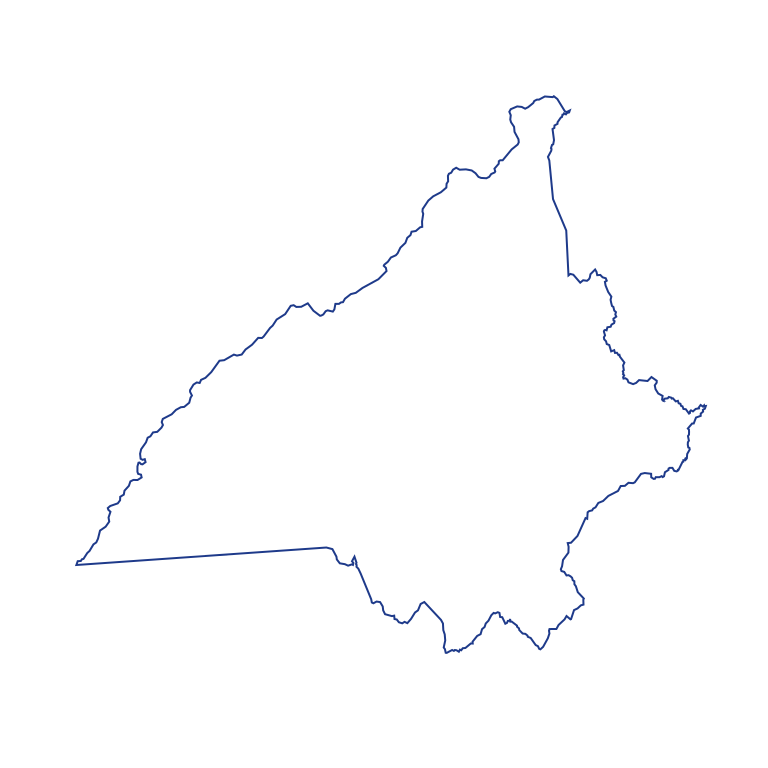 Malema, Nampula, Mozambique (Natural Earth projection), rotated 356°
{"feature_id": "85939544B80247740523844", "entity_name": "Malema", "entity_type": "district", "adm_level": 2, "iso_a3": "MOZ", "parent_name": "Mozambique", "parent_adm1": "Nampula", "projection": "natural_earth1", "projection_center": [37.595, -14.735], "detail": "fine", "context": "isolated", "style": "outline", "palette": "blue", "viewbox_px": 768, "rotation_deg": 356, "n_neighbors": 0, "source": "geoboundaries", "source_scale": "gbopen_adm2", "svg_char_len": 6152}
<svg xmlns="http://www.w3.org/2000/svg" viewBox="0 0 768 768"><g transform="rotate(356 384 384)"><path d="M524.4,657.3L529.7,649.1L531.6,644.5L531.4,641.6L532.0,640.0L538.9,640.4L541.3,636.6L547.7,631.4L549.9,628.2L553.6,631.8L554.2,631.6L557.8,622.8L561.4,621.4L565.0,618.5L567.6,618.0L567.8,613.0L568.4,612.0L562.8,605.2L561.3,599.1L560.0,597.1L560.1,594.0L558.6,592.9L558.1,590.4L556.7,588.9L554.8,587.6L552.7,587.7L550.7,584.0L548.0,583.0L547.5,581.1L548.9,578.3L550.3,572.0L556.2,565.1L556.8,559.3L556.2,555.5L559.5,555.4L566.4,549.1L575.7,531.8L577.3,532.6L578.2,526.2L579.8,525.1L582.8,524.6L584.0,522.9L586.4,521.8L589.5,517.6L594.4,516.0L600.0,511.3L610.0,507.0L613.0,502.3L617.2,502.4L621.0,499.6L625.5,500.3L627.3,499.6L634.1,491.6L637.9,491.0L644.2,492.2L644.1,495.7L646.4,497.5L647.7,497.4L648.6,495.9L652.2,496.2L654.6,495.3L655.5,496.3L656.9,495.6L658.1,491.6L661.8,489.6L662.0,488.2L663.1,487.6L665.9,487.8L667.5,490.9L669.9,491.6L671.5,490.7L671.3,490.0L672.2,489.6L676.3,482.6L677.1,482.4L677.3,480.9L679.0,481.1L679.4,479.3L680.2,478.9L680.4,479.9L680.9,479.4L681.6,474.9L684.4,470.7L684.2,469.0L683.1,468.5L682.8,465.7L683.1,463.3L684.2,461.8L683.6,457.1L684.7,455.8L685.0,452.9L685.0,450.8L684.0,449.6L688.6,444.9L690.2,445.0L692.9,439.2L697.7,437.9L697.9,435.6L700.4,433.8L700.3,432.0L702.4,431.0L703.5,428.4L702.2,428.5L701.9,427.6L700.7,428.9L698.4,427.0L696.3,429.5L696.5,430.3L693.2,430.6L690.3,432.9L688.4,431.7L687.3,432.7L687.2,434.2L686.2,434.8L683.3,430.2L681.0,429.8L680.2,427.1L678.8,426.5L678.3,424.4L676.6,423.8L676.0,421.3L673.8,421.7L671.2,418.4L670.0,418.6L669.7,417.7L667.2,416.8L666.0,418.1L663.1,418.2L661.9,419.2L661.8,420.4L660.5,419.7L661.2,419.8L660.3,419.0L661.1,415.3L656.9,412.6L654.5,408.1L654.0,404.2L656.1,401.7L656.3,399.8L651.3,395.7L647.1,399.4L638.7,397.9L635.6,400.5L632.5,401.5L628.0,399.4L627.1,396.6L625.2,395.1L623.3,395.3L623.0,393.9L624.2,392.1L623.1,390.8L623.6,389.8L623.1,388.0L624.2,386.9L623.8,382.1L625.3,379.4L621.3,373.3L620.9,371.3L619.9,371.5L618.6,369.1L616.6,369.1L616.0,366.3L612.9,367.3L611.4,360.8L609.0,359.7L608.5,356.9L606.8,354.8L606.6,352.7L607.9,350.9L607.0,347.1L607.4,346.0L608.3,345.5L609.8,346.0L610.8,343.0L614.1,342.7L615.1,340.6L617.8,339.3L618.4,337.4L617.4,336.6L617.4,334.9L620.4,333.0L619.6,330.7L620.4,328.5L618.8,326.8L618.2,323.1L616.9,322.1L616.3,318.9L615.9,315.8L616.9,312.7L614.1,307.9L611.9,301.2L611.5,297.5L613.4,296.5L612.6,294.0L609.5,292.8L607.4,290.3L604.3,290.3L603.8,286.9L602.6,284.5L597.6,288.9L596.7,292.3L595.6,293.9L593.7,295.2L589.9,294.4L586.8,296.6L580.5,288.2L577.6,287.2L575.6,288.6L576.5,243.6L565.5,211.3L564.5,172.6L563.4,168.9L567.1,163.0L567.5,161.2L567.0,160.4L568.3,157.2L569.5,156.7L570.6,152.6L569.9,141.4L571.8,140.4L572.1,138.0L575.2,136.6L575.4,135.0L579.0,130.5L580.2,130.0L580.8,127.8L581.8,127.7L582.4,126.6L584.3,127.7L585.4,126.4L587.6,126.0L588.4,124.1L585.1,125.5L583.4,124.5L576.8,111.8L573.5,108.8L572.4,109.6L564.5,108.4L558.5,111.1L556.3,111.0L553.6,112.2L552.5,114.1L547.1,117.9L544.0,119.2L540.7,117.2L536.2,116.4L529.6,118.7L528.0,121.2L529.2,124.7L528.4,129.0L529.0,131.8L531.7,136.5L531.8,141.6L535.2,149.2L535.3,152.3L534.1,154.4L527.7,158.9L518.0,169.1L515.5,168.9L514.1,169.8L513.8,172.3L509.2,176.9L509.8,179.8L509.1,180.7L505.6,182.0L503.4,184.7L500.5,185.9L495.2,185.2L492.7,184.0L490.0,180.1L486.4,177.1L480.7,175.6L474.4,175.5L471.1,173.3L467.8,175.0L465.8,177.9L463.4,178.8L462.3,180.8L462.1,186.3L460.4,188.6L459.9,192.4L454.1,196.7L446.2,200.2L441.0,204.1L434.8,212.1L434.4,214.7L435.0,217.0L433.3,224.5L433.1,229.9L431.0,230.2L426.4,233.6L422.1,234.0L420.8,237.3L417.4,239.8L415.2,244.7L409.9,249.1L406.7,254.6L404.8,256.4L399.7,258.3L396.4,262.3L392.6,265.0L392.0,266.1L394.0,268.3L394.4,271.5L385.7,279.1L369.2,286.7L362.2,291.1L357.2,292.0L351.0,296.2L348.8,299.5L346.8,299.6L344.7,300.9L341.1,300.7L339.7,306.1L338.0,308.2L332.9,306.6L330.9,307.3L328.3,310.4L326.3,311.3L325.0,311.5L318.7,306.0L313.6,298.2L306.8,301.2L301.9,301.0L299.4,299.1L296.4,299.5L290.3,307.4L281.4,312.2L277.0,318.0L274.3,320.1L267.2,328.3L265.4,329.6L261.7,329.2L255.1,335.6L248.3,339.9L244.1,344.7L239.3,345.4L236.3,344.2L226.2,349.1L221.5,349.3L212.5,360.1L206.3,365.4L201.8,367.1L200.2,370.1L197.3,369.4L193.9,371.3L190.1,376.6L190.0,378.3L191.6,382.1L190.1,384.1L188.4,389.1L183.1,392.9L179.7,393.0L174.7,395.3L170.1,399.4L160.9,403.4L159.6,406.5L160.6,409.5L159.0,412.0L154.5,415.9L150.2,416.2L147.3,419.9L144.5,421.1L142.5,425.6L137.2,432.1L135.8,436.6L136.0,441.6L137.9,442.8L140.1,442.3L140.7,445.3L137.5,447.3L136.1,447.0L134.6,445.3L133.6,445.4L132.3,449.0L131.9,454.4L132.5,456.5L135.3,457.5L135.7,460.3L131.4,462.6L127.3,462.2L124.2,463.5L122.4,467.8L117.7,472.3L116.7,476.2L113.0,478.1L112.6,481.6L110.1,484.5L102.4,486.6L99.8,488.5L100.2,490.2L102.2,492.4L99.9,498.0L100.3,502.1L96.4,506.9L90.5,510.4L87.9,518.4L85.9,522.0L83.0,523.7L78.6,530.0L76.2,531.9L72.0,537.5L70.4,537.8L69.2,539.4L66.1,539.4L64.5,543.1L315.1,543.1L321.0,545.1L324.5,552.9L324.7,555.7L327.4,559.8L332.4,561.0L335.5,562.7L339.4,561.7L340.4,562.3L341.0,560.4L339.7,558.6L342.5,554.2L344.1,560.4L343.5,561.6L344.1,562.7L343.8,564.4L345.5,566.4L347.5,571.5L356.2,597.8L356.6,601.1L358.1,602.0L361.4,600.5L364.9,601.3L367.2,605.8L367.4,609.8L369.0,613.7L375.7,616.1L378.0,615.8L378.1,619.2L380.3,619.8L382.2,622.7L385.5,624.0L387.9,622.7L390.6,624.2L394.6,620.2L399.0,614.1L402.1,612.2L405.2,606.0L409.0,604.3L424.4,623.3L426.1,627.0L426.0,633.7L427.1,638.0L427.2,644.1L425.2,651.0L426.3,652.8L426.8,656.4L427.8,656.6L433.4,654.1L435.1,655.1L436.1,654.3L437.8,654.7L440.0,656.3L441.2,654.3L442.5,655.0L444.1,653.1L446.8,653.0L452.5,648.9L454.4,649.1L454.4,647.2L459.4,641.8L462.9,640.3L464.7,635.4L467.4,633.4L468.8,630.0L471.7,627.4L474.9,622.2L477.4,620.0L478.9,620.6L481.6,619.6L483.2,620.4L483.6,624.5L485.7,624.9L488.3,631.6L490.0,630.9L491.0,629.0L492.8,629.0L493.4,627.2L493.5,629.9L494.8,629.9L499.8,634.3L499.8,635.4L501.6,637.2L501.8,638.9L504.9,642.6L507.6,643.1L509.6,645.0L509.8,646.2L512.6,647.6L517.1,655.0L519.3,656.3L520.3,659.0L521.5,659.6L524.4,657.3Z" fill="none" stroke="#1e3a8a" stroke-width="2"/></g></svg>